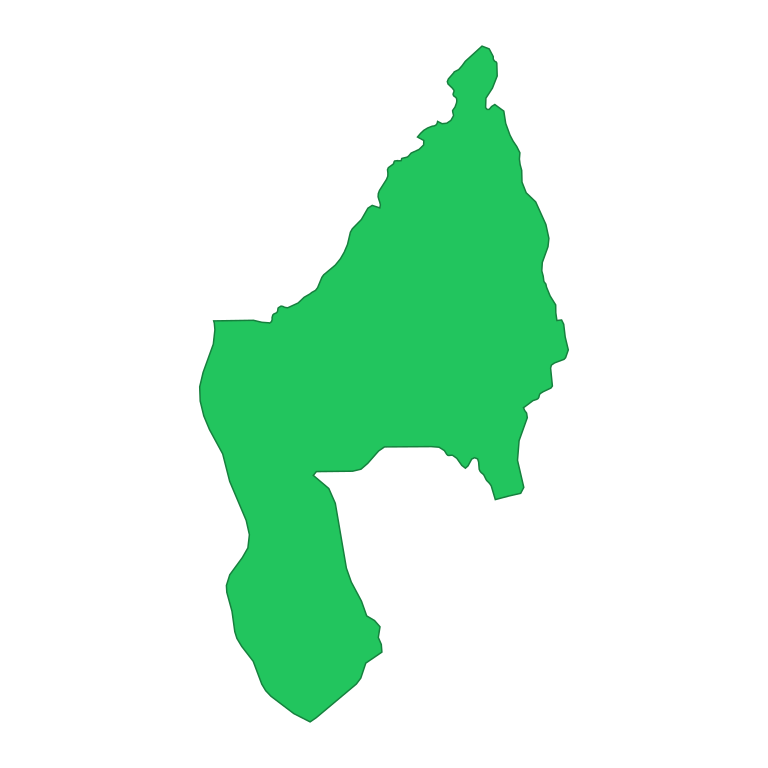 SVG path tracing the border of Kigoma
{"feature_id": "TZA-3363", "entity_name": "Kigoma", "entity_type": "Region", "adm_level": 1, "iso_a3": "TZA", "parent_name": "United Republic of Tanzania", "parent_adm1": "", "projection": "albers", "projection_center": [30.566, -4.821], "detail": "fine", "context": "isolated", "style": "filled", "palette": "green", "viewbox_px": 768, "rotation_deg": 0, "n_neighbors": 0, "source": "natural_earth", "source_scale": "10m", "svg_char_len": 3094}
<svg xmlns="http://www.w3.org/2000/svg" viewBox="0 0 768 768"><path d="M203.5,414.7L200.2,401.1L199.7,386.8L203.1,372.4L213.3,344.2L214.9,329.8L214.3,323.1L213.7,320.9L253.5,320.3L261.9,322.3L268.8,322.8L269.6,323.1L271.5,321.6L272.1,319.7L272.1,317.5L272.8,315.0L273.8,314.0L276.7,312.7L277.6,311.2L278.0,308.4L278.3,307.8L281.0,306.1L282.8,306.4L284.7,307.3L287.5,307.8L289.0,307.2L298.1,303.0L304.1,297.3L310.0,293.9L311.7,292.5L315.5,290.4L317.6,287.7L321.9,277.3L323.7,274.8L335.3,265.1L340.4,258.8L344.4,251.9L344.8,250.8L347.5,244.5L350.4,232.2L352.4,228.7L361.4,219.5L367.9,208.2L372.2,205.4L379.8,207.9L380.4,204.9L379.8,202.3L378.9,199.6L378.1,196.8L378.3,193.6L379.5,190.4L386.5,179.4L387.8,176.2L387.9,173.1L387.5,169.7L388.4,167.6L393.1,164.2L393.6,163.5L394.2,161.5L394.6,161.0L397.5,160.6L397.8,160.6L397.9,160.9L401.1,160.7L401.3,160.3L401.6,158.8L401.9,158.4L406.4,157.3L407.6,156.9L408.9,155.7L411.1,153.1L419.1,149.4L423.6,145.0L423.8,140.5L418.7,137.7L417.5,137.0L420.6,133.3L423.8,130.3L427.6,128.0L432.2,126.2L434.3,125.9L436.0,125.0L437.1,123.5L437.6,121.4L442.1,123.7L446.8,123.2L450.9,120.4L453.5,115.8L453.4,114.8L452.7,111.8L452.6,110.5L455.0,107.1L456.5,103.0L456.8,100.9L456.6,98.7L455.9,97.5L453.7,95.9L453.1,94.6L453.2,93.6L454.0,91.3L454.0,90.4L452.3,88.1L448.1,84.1L447.3,81.6L448.4,78.9L453.7,72.8L454.2,71.9L458.7,69.6L462.1,65.7L465.3,61.3L482.0,46.1L489.2,48.9L493.2,56.5L493.3,59.2L494.6,61.2L496.0,61.8L496.8,63.1L497.2,76.0L492.4,88.2L485.9,98.2L485.6,107.6L487.1,109.4L489.2,109.4L491.6,106.5L494.8,104.5L503.8,111.1L505.7,123.4L510.0,135.2L513.1,141.1L516.8,146.6L517.0,147.0L519.9,152.8L519.4,159.1L520.1,164.5L521.7,170.4L522.0,182.1L526.2,192.8L535.7,201.9L545.9,224.5L548.9,238.4L548.0,246.7L542.3,262.5L541.8,270.9L543.2,276.1L543.9,281.5L545.9,284.1L546.5,287.1L550.1,295.9L555.7,304.9L555.8,312.8L556.9,320.5L561.6,320.0L563.7,324.2L565.2,337.0L568.3,349.9L565.6,357.7L564.1,359.3L554.6,362.9L551.4,365.1L550.6,368.1L552.4,386.0L551.0,388.0L543.2,391.7L540.2,393.6L539.5,394.7L538.8,397.4L538.1,398.5L536.9,399.3L533.0,400.6L524.5,407.0L523.5,407.6L524.6,410.4L526.6,413.1L527.3,417.7L519.1,440.6L517.5,460.3L523.8,487.4L520.7,493.3L508.5,496.1L495.3,499.6L491.2,485.8L489.6,483.5L486.7,480.5L486.0,479.4L483.9,475.1L482.7,473.8L481.3,472.7L480.1,471.3L479.2,469.3L478.6,462.0L477.6,458.9L474.6,457.7L471.7,459.1L468.0,465.9L465.4,468.2L461.8,465.4L456.8,458.3L452.6,455.3L451.4,455.2L448.9,455.5L447.8,455.3L446.7,454.3L444.4,450.6L439.0,447.2L431.2,446.6L384.5,446.9L378.6,451.0L367.7,463.4L361.0,469.2L352.6,471.2L316.4,471.6L313.3,475.4L328.8,488.5L335.3,503.3L346.4,568.2L351.3,582.1L361.5,601.2L366.7,615.9L374.6,620.6L380.0,626.8L378.3,637.5L381.3,644.4L381.9,652.1L365.8,663.1L360.8,678.1L356.4,684.0L316.1,717.8L310.1,721.9L293.8,713.6L271.0,696.3L265.7,690.7L261.8,684.2L253.2,661.3L241.7,646.4L236.9,638.4L234.8,631.7L232.0,611.3L226.8,592.3L226.4,585.5L229.8,574.7L242.4,557.5L247.9,547.9L249.4,534.7L246.2,520.4L229.7,481.4L222.7,453.9L209.5,429.6L203.7,415.7L203.5,414.7Z" fill="#22c55e" stroke="#15803d" stroke-width="1.5"/></svg>